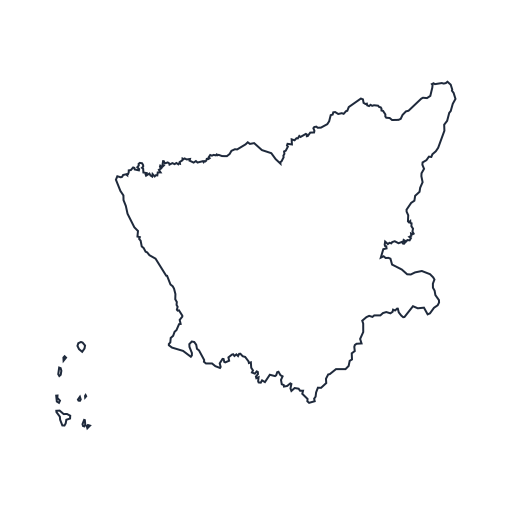 outline of Sinjai, Sulawesi Selatan, Indonesia, rotated 175°
{"feature_id": "22746128B62270956264702", "entity_name": "Sinjai", "entity_type": "district", "adm_level": 2, "iso_a3": "IDN", "parent_name": "Indonesia", "parent_adm1": "Sulawesi Selatan", "projection": "natural_earth1", "projection_center": [120.178, -5.197], "detail": "fine", "context": "isolated", "style": "outline", "palette": "slate", "viewbox_px": 512, "rotation_deg": 175, "n_neighbors": 0, "source": "geoboundaries", "source_scale": "gbopen_adm2", "svg_char_len": 6101}
<svg xmlns="http://www.w3.org/2000/svg" viewBox="0 0 512 512"><g transform="rotate(175 256 256)"><path d="M65.8,411.9L65.2,410.9L65.7,408.4L68.4,400.3L71.9,398.4L75.9,399.1L77.7,398.3L91.4,387.4L94.0,387.0L97.7,383.8L99.9,380.0L102.2,379.2L108.6,379.6L110.8,381.8L114.2,382.4L115.0,383.7L114.8,385.8L116.8,389.5L118.3,390.0L118.2,392.1L118.9,393.3L120.2,393.6L121.3,395.1L125.3,395.9L127.2,395.5L128.7,396.6L130.3,395.5L132.1,396.4L132.3,398.1L133.6,397.8L135.5,399.2L135.8,402.7L137.8,403.7L150.6,396.3L152.4,392.7L153.6,392.5L156.3,390.0L158.1,390.8L161.7,390.3L164.6,392.5L166.5,392.4L167.3,390.2L169.3,389.8L171.4,383.8L173.5,381.1L180.2,378.2L183.4,378.4L184.6,379.6L186.7,379.4L187.7,378.3L186.9,375.6L187.4,374.0L191.2,374.2L194.0,371.0L194.9,370.9L194.9,372.7L195.7,373.3L201.3,370.7L202.4,371.8L204.1,369.5L205.4,369.8L207.5,367.9L210.3,369.1L210.5,364.0L214.8,365.0L215.5,363.4L214.7,362.2L217.2,358.3L218.9,357.7L218.8,355.3L220.0,353.5L219.9,351.9L222.3,348.1L223.6,347.4L223.6,345.9L228.0,350.8L231.8,357.1L240.9,361.0L248.0,368.6L252.3,368.2L254.3,370.0L256.7,368.1L265.5,363.8L267.7,364.2L271.3,362.9L273.4,359.9L276.3,358.0L281.1,358.5L284.3,360.0L285.8,359.7L286.3,360.6L287.4,359.8L289.4,360.4L291.2,359.8L292.8,360.6L294.6,358.4L293.7,357.5L295.0,356.7L296.6,357.0L297.2,355.4L298.3,354.6L299.2,355.0L300.0,354.0L300.7,355.1L306.1,354.2L307.6,355.8L310.0,354.5L313.9,356.8L313.3,358.4L316.6,358.2L318.6,359.4L319.6,358.8L320.7,359.5L321.0,357.7L323.8,356.3L323.7,354.6L324.6,355.0L325.4,354.1L327.2,355.6L329.1,354.6L331.2,355.8L334.2,354.6L334.4,355.8L335.8,356.9L338.7,356.2L339.6,358.5L340.3,358.6L341.2,355.0L340.0,354.2L341.9,352.7L343.5,354.3L343.9,353.3L342.9,351.5L345.2,350.3L343.8,347.6L346.6,347.8L347.3,344.9L348.7,345.2L350.0,344.1L351.9,346.6L352.5,344.2L354.1,345.4L355.0,347.4L358.5,345.6L358.8,346.7L357.8,347.0L357.6,348.1L360.9,349.0L360.8,352.7L361.9,353.8L360.6,354.9L360.5,356.3L361.4,358.3L363.6,358.9L364.9,358.0L364.9,356.4L366.5,354.8L364.8,352.8L365.2,351.5L369.3,352.8L369.5,354.4L370.7,354.9L373.2,352.5L375.3,352.4L375.5,350.5L376.4,348.7L377.3,348.8L377.3,347.7L378.4,348.7L381.3,348.3L382.4,346.6L383.8,346.2L387.2,347.5L388.9,344.2L385.4,332.6L382.8,327.9L383.1,323.2L381.3,317.2L380.3,309.3L374.7,295.2L371.4,291.2L372.4,285.7L370.1,284.9L370.9,283.2L369.6,281.3L369.0,275.5L367.2,273.7L365.6,269.9L364.1,269.1L362.1,266.1L356.3,262.1L347.2,244.2L346.3,244.0L343.7,235.1L341.6,233.1L340.5,230.6L339.6,225.1L340.2,219.9L338.9,217.1L339.4,214.2L338.5,212.2L339.5,209.4L338.8,208.4L337.5,208.6L334.6,203.0L334.7,202.0L337.6,199.0L337.0,194.9L338.6,194.8L341.7,189.1L343.7,187.6L345.5,183.7L348.1,181.8L348.9,177.4L350.5,175.9L350.6,174.7L347.7,172.1L336.9,167.8L329.7,161.3L328.6,162.5L328.3,164.9L330.2,171.2L330.1,174.0L327.4,176.4L325.0,175.7L323.3,172.8L322.9,168.7L321.0,166.9L316.7,156.9L317.1,155.2L315.2,153.3L309.2,152.8L306.1,149.8L301.6,147.6L300.9,148.6L301.5,152.2L298.3,156.4L297.3,156.2L296.8,153.2L295.9,152.7L291.9,154.0L292.3,157.4L288.5,159.9L287.3,160.1L286.2,158.3L284.1,159.7L282.6,157.9L281.3,160.0L280.1,160.0L278.0,157.3L275.6,156.4L272.6,151.6L272.4,150.0L270.4,150.5L270.5,145.1L269.0,142.3L270.2,140.3L267.4,138.9L265.3,141.0L264.3,140.3L264.3,138.2L266.6,135.9L266.3,134.2L264.0,135.0L264.8,131.1L264.4,129.8L262.3,129.4L260.8,131.6L258.1,129.6L252.6,136.5L247.5,134.7L246.3,135.4L245.0,138.4L243.7,138.7L242.0,135.1L240.0,133.8L241.9,130.4L241.5,126.0L239.6,125.0L239.5,123.5L236.3,123.8L232.9,126.1L231.9,125.4L233.2,121.1L232.5,118.5L229.0,121.1L225.1,120.1L223.8,117.9L220.9,117.7L221.9,114.7L217.1,109.1L217.5,106.8L215.9,105.1L210.2,106.2L210.5,108.8L208.9,110.7L208.0,114.9L205.8,119.4L202.7,119.0L197.1,123.3L197.0,127.6L194.4,131.7L192.8,131.9L186.2,136.3L176.7,135.5L173.3,138.4L171.8,143.4L169.4,144.6L169.1,150.7L165.9,152.7L166.0,156.9L165.3,158.7L163.5,159.8L158.5,159.7L159.5,164.3L155.8,170.9L155.1,179.3L155.8,182.3L151.3,185.5L148.5,186.5L145.3,185.2L143.4,186.5L137.3,186.0L134.5,188.1L131.1,188.8L127.1,187.2L124.8,188.5L124.1,190.6L122.2,189.6L120.0,191.3L119.3,191.2L118.7,187.4L116.5,184.0L114.7,182.2L113.4,182.3L104.0,192.3L99.4,189.8L93.2,189.9L90.1,182.9L87.7,183.7L83.2,188.9L79.3,191.1L77.7,193.7L77.6,196.1L80.7,201.4L81.1,205.9L82.5,209.0L82.2,213.0L80.3,217.0L81.3,219.2L84.2,222.7L92.1,226.6L99.0,225.8L103.4,224.1L107.0,224.6L111.9,229.8L121.2,235.6L122.3,241.6L124.2,242.6L127.0,242.7L128.9,244.6L131.8,243.5L128.6,251.7L125.3,252.2L125.4,254.3L126.6,254.8L126.8,256.1L126.1,259.1L123.6,256.4L121.9,257.5L120.1,256.8L119.1,258.0L116.5,258.6L112.9,256.3L109.5,257.3L108.4,255.5L107.3,255.4L106.4,256.5L107.8,258.2L107.5,259.1L105.1,257.4L103.8,258.7L101.6,258.2L100.1,260.3L101.6,261.7L99.6,262.5L99.6,264.9L98.1,264.0L97.0,264.5L98.0,266.8L97.2,269.5L98.6,272.1L98.2,275.0L99.3,275.5L99.3,277.4L100.8,276.3L101.6,277.3L100.8,283.3L102.1,287.0L102.0,289.0L96.8,295.4L93.4,297.3L92.2,302.1L87.5,305.7L86.5,309.7L83.6,315.0L84.3,321.1L83.9,324.0L81.0,328.2L82.3,332.4L81.9,334.7L77.9,336.6L75.1,339.9L72.7,339.4L71.4,342.0L67.8,344.6L65.1,347.9L57.4,364.4L57.1,370.4L53.8,374.0L51.0,381.8L49.4,383.4L46.7,390.5L43.6,395.1L44.9,401.2L46.4,403.6L46.0,404.7L47.1,409.7L50.1,412.9L51.8,411.7L53.9,411.4L55.9,412.1L62.8,411.6L64.1,412.6L65.8,411.9ZM465.4,110.0L463.7,104.1L461.6,103.8L460.2,105.8L459.2,109.4L455.4,110.3L455.0,113.1L458.1,115.1L461.4,115.3L465.1,119.1L468.4,119.2L468.4,117.9L465.4,113.0L465.4,110.0ZM437.9,185.6L440.6,184.6L441.7,182.0L440.4,178.6L437.5,175.7L434.9,178.8L434.1,181.7L436.3,184.9L437.9,185.6ZM461.8,162.0L463.3,155.5L462.4,153.6L460.9,154.7L459.9,158.6L460.4,161.3L461.8,162.0ZM467.2,134.3L467.1,128.4L465.1,126.9L463.9,129.0L466.3,132.0L465.9,134.3L467.2,134.3ZM441.8,101.2L440.8,102.9L440.8,107.4L441.5,107.7L443.5,103.6L443.1,101.7L441.8,101.2ZM443.7,131.1L445.9,128.5L445.4,127.4L444.0,127.1L443.1,128.4L443.7,131.1ZM438.2,102.3L439.4,101.4L439.0,99.1L436.2,101.5L438.2,102.3ZM455.4,172.8L456.7,171.6L456.8,168.5L454.1,171.3L455.4,172.8ZM437.9,132.3L438.5,131.5L438.5,130.0L437.4,131.1L437.9,132.3Z" fill="none" stroke="#1e293b" stroke-width="2"/></g></svg>